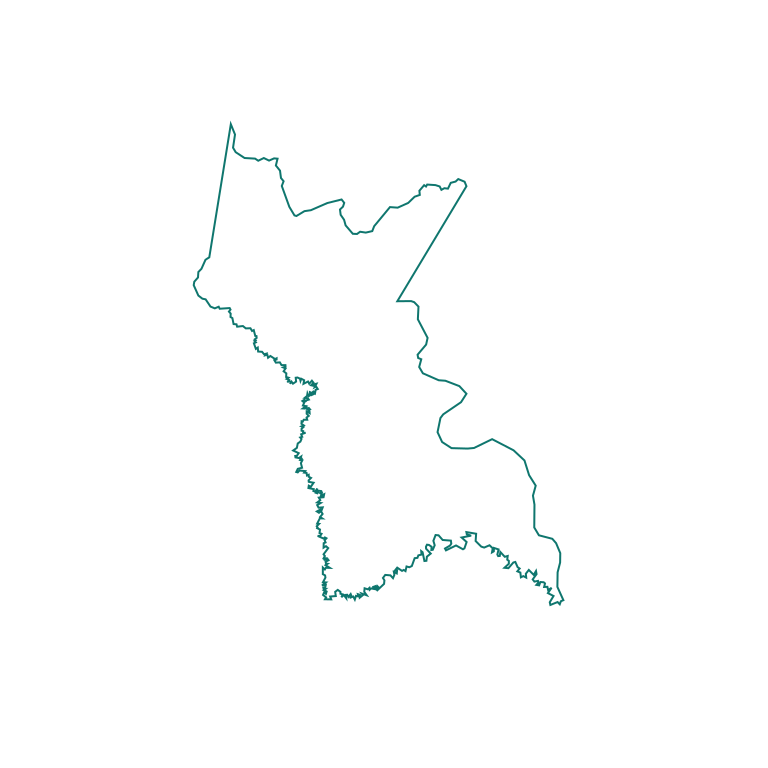 the district of Santander (Araracuara), Amazonas, Colombia, rotated 31°
{"feature_id": "7082276B22108715685729", "entity_name": "Santander (Araracuara)", "entity_type": "district", "adm_level": 2, "iso_a3": "COL", "parent_name": "Colombia", "parent_adm1": "Amazonas", "projection": "robinson", "projection_center": [-71.884, -1.077], "detail": "fine", "context": "isolated", "style": "outline", "palette": "teal", "viewbox_px": 768, "rotation_deg": 31, "n_neighbors": 0, "source": "geoboundaries", "source_scale": "gbopen_adm2", "svg_char_len": 6165}
<svg xmlns="http://www.w3.org/2000/svg" viewBox="0 0 768 768"><g transform="rotate(31 384 384)"><path d="M649.1,476.9L637.1,468.6L629.8,456.0L626.9,446.3L622.2,438.2L613.5,431.8L608.0,430.0L594.7,433.9L586.7,429.6L575.1,409.9L569.2,403.0L566.4,393.0L555.3,387.4L543.8,377.2L529.2,374.1L505.1,375.6L494.1,392.5L488.9,396.3L474.9,404.2L463.7,403.8L454.7,397.7L449.9,384.1L450.4,379.5L459.4,359.9L459.7,349.9L449.7,347.0L434.9,349.6L429.0,352.6L411.8,354.8L405.4,351.3L403.2,343.6L399.9,344.1L397.7,341.6L399.8,328.5L397.6,322.0L379.7,311.1L373.7,299.9L367.7,298.3L364.5,299.0L352.8,306.2L352.8,172.0L348.9,169.1L342.1,170.1L341.1,173.6L337.6,177.2L338.2,183.6L334.9,185.1L333.2,188.0L330.0,186.0L325.7,187.0L318.3,190.8L318.3,193.1L316.0,192.9L314.8,200.1L317.3,203.5L313.8,207.7L311.5,216.3L304.9,225.8L298.0,229.3L294.3,253.8L295.2,259.0L290.4,263.6L285.1,265.8L283.6,269.3L279.9,271.3L269.4,267.8L265.2,263.8L259.7,261.3L256.4,257.1L257.5,253.1L256.6,249.2L252.6,247.7L242.2,258.1L231.8,272.7L226.8,276.8L222.4,285.1L220.4,285.6L211.6,280.9L194.4,266.9L193.5,261.9L189.6,260.5L185.0,254.7L178.8,252.4L176.7,245.7L173.6,247.2L170.4,251.7L164.6,252.2L161.2,257.4L157.4,257.2L148.1,262.1L137.5,261.7L132.9,259.2L127.8,246.9L118.9,240.2L169.0,365.4L167.0,369.4L168.2,379.3L167.2,383.6L169.7,388.5L168.7,394.0L170.0,397.3L179.3,403.8L184.4,404.4L187.5,403.3L195.4,407.0L200.0,406.3L202.5,402.9L204.4,404.1L212.6,398.4L214.1,399.3L213.8,401.8L216.3,402.6L217.9,405.6L220.1,405.6L224.2,410.1L226.8,408.8L228.6,410.5L233.2,407.0L236.9,407.5L240.8,405.0L243.6,406.5L244.6,404.9L248.9,409.1L250.0,408.6L251.1,410.1L250.2,412.3L251.5,412.7L250.8,413.8L252.7,414.3L251.5,416.1L256.1,419.9L257.0,417.8L259.4,421.0L262.9,419.2L265.9,420.3L267.4,418.7L267.5,420.4L268.8,418.9L271.1,421.2L272.2,418.5L277.8,418.7L278.7,417.3L279.3,418.3L277.8,420.1L280.3,421.4L283.6,419.1L286.4,420.6L289.8,418.6L290.7,419.9L289.2,421.7L291.6,421.4L291.4,424.8L294.8,425.2L296.5,428.4L298.9,427.8L298.0,429.8L300.5,429.4L300.4,432.5L300.6,430.3L302.8,430.1L303.4,432.2L303.5,429.6L305.8,430.6L307.4,427.2L305.1,424.1L306.5,423.0L309.2,422.7L310.8,424.3L310.4,422.1L313.6,421.9L314.9,425.3L317.6,421.0L319.8,422.3L320.5,418.3L322.9,419.2L322.2,422.6L324.4,421.9L324.0,420.5L326.0,418.5L326.3,422.4L327.1,421.1L329.8,422.4L328.4,424.2L329.6,427.4L326.6,426.5L329.1,428.6L327.8,430.5L326.4,428.8L324.7,429.1L326.4,431.9L325.7,433.2L323.2,431.4L324.2,433.9L323.2,436.7L326.0,435.4L327.6,436.1L325.4,438.5L326.2,439.7L323.9,438.5L322.8,440.6L325.2,441.0L325.6,444.2L328.6,443.2L327.1,446.7L328.8,445.8L329.3,443.5L330.8,444.9L331.9,443.3L333.4,443.8L331.8,445.2L334.0,445.5L335.3,447.3L331.9,447.4L333.0,449.3L335.9,450.1L334.9,452.6L336.6,454.2L333.6,456.0L333.7,458.2L332.6,458.4L333.7,460.6L336.5,460.8L335.1,462.8L337.1,462.5L336.4,464.8L337.4,466.5L339.0,466.0L339.7,467.5L341.9,466.2L338.9,469.8L341.1,471.4L339.7,473.0L341.6,473.6L342.0,476.4L340.7,479.4L342.2,483.6L340.4,487.8L346.5,487.2L346.3,490.4L345.0,491.4L345.9,492.5L349.2,491.3L350.3,488.9L351.0,491.4L352.3,489.7L351.6,492.2L353.3,491.5L353.5,494.6L356.9,498.0L353.8,501.1L354.1,504.6L355.6,504.2L356.1,501.7L361.4,499.2L361.2,501.1L363.4,500.1L365.1,502.1L366.2,500.6L367.3,502.3L369.8,502.1L369.0,505.4L369.9,506.6L374.5,504.9L374.2,509.8L371.9,509.9L372.8,512.1L378.0,510.3L378.6,512.1L380.4,511.7L380.7,507.9L381.4,512.4L383.2,512.0L382.8,509.2L385.4,508.1L386.8,509.1L385.3,510.4L387.3,510.7L387.6,512.9L389.5,509.4L390.5,512.2L386.7,515.0L389.2,516.4L387.8,519.9L391.0,518.6L389.1,522.2L391.6,523.7L395.0,521.3L395.6,524.8L394.1,524.4L392.1,527.8L394.6,527.9L395.5,525.5L398.3,527.0L397.7,530.9L400.3,531.0L398.2,532.2L398.6,538.1L400.4,537.3L399.6,540.6L402.1,541.8L399.9,542.1L404.1,541.7L405.5,545.0L407.6,544.6L407.6,546.9L405.4,548.4L411.8,547.6L412.3,546.0L414.1,545.9L413.6,548.5L415.5,549.9L414.3,551.5L416.5,555.4L417.8,552.9L420.7,553.4L419.9,561.1L421.9,561.9L422.0,564.4L423.8,563.4L423.0,565.9L425.9,563.1L427.2,563.6L425.5,566.5L426.8,567.8L428.2,567.2L427.2,569.4L432.3,569.5L428.8,571.5L428.8,573.4L426.1,572.8L429.5,578.5L432.1,578.4L433.5,580.1L433.8,585.3L436.4,584.0L434.6,588.6L437.5,586.1L438.3,588.3L436.9,589.8L437.9,590.8L439.3,589.9L438.6,591.6L440.3,591.2L440.5,592.7L441.8,591.8L442.3,593.8L440.0,593.4L440.4,596.2L444.3,596.7L444.3,598.9L449.7,595.8L447.3,593.9L451.9,590.6L449.2,587.3L450.4,584.3L453.7,584.6L454.7,586.2L457.0,585.6L457.3,588.7L458.2,585.6L461.8,587.0L459.8,584.5L461.0,583.6L463.1,584.9L463.6,581.2L465.7,582.8L464.7,585.1L467.1,582.0L470.0,583.8L469.1,580.0L471.5,579.3L469.8,577.6L471.9,577.1L473.3,579.5L474.6,575.9L472.8,575.1L478.0,574.0L474.1,572.3L472.6,569.1L475.9,568.3L476.5,566.3L477.7,567.7L478.3,565.8L480.3,565.1L479.2,563.6L480.5,562.0L482.2,565.2L482.1,560.6L484.1,561.1L483.2,563.9L484.5,564.3L487.0,555.3L485.5,552.1L483.0,550.8L483.4,547.0L488.1,544.7L491.7,545.8L491.2,542.3L489.3,540.0L492.5,539.8L491.2,537.0L489.4,538.5L489.9,534.6L495.7,534.9L496.7,533.2L498.8,533.3L497.3,528.8L500.1,528.0L501.6,525.7L500.0,517.5L502.2,515.8L501.7,513.2L504.0,510.9L502.0,508.1L503.7,508.3L509.8,514.9L511.4,513.7L509.7,509.9L511.4,505.3L504.9,503.5L503.8,501.9L503.6,499.6L505.4,498.8L508.6,499.0L510.1,501.9L511.2,501.0L510.5,496.1L507.1,493.0L506.0,486.9L508.7,485.6L514.6,487.5L522.0,483.8L523.9,486.2L523.8,488.5L521.0,493.6L522.8,494.7L528.9,485.3L536.8,485.0L537.6,483.5L536.2,476.9L529.6,475.6L536.8,469.1L532.4,470.2L530.9,468.5L540.1,464.9L543.4,471.4L551.1,473.3L554.1,472.6L557.5,467.9L561.8,468.8L563.3,472.7L564.3,470.9L562.7,467.9L567.4,466.8L569.0,471.8L570.5,472.7L571.8,471.8L570.3,468.1L576.5,469.9L578.6,467.7L580.1,471.1L582.1,471.3L583.6,473.8L581.9,479.5L585.5,477.8L586.8,470.4L588.2,468.9L592.9,472.2L595.3,472.3L594.8,475.9L598.0,475.4L600.9,479.2L602.4,476.9L605.6,476.7L603.3,473.6L603.9,468.8L610.6,470.5L610.6,466.0L612.7,468.4L612.1,474.9L614.7,475.9L617.4,473.5L618.6,475.0L618.1,477.7L620.7,476.7L620.0,473.2L623.0,471.7L624.7,472.0L625.8,475.5L628.5,473.7L630.8,476.1L632.6,472.4L632.2,478.8L638.5,478.4L638.5,485.7L640.4,487.7L645.1,481.5L648.1,482.3L647.5,479.1L649.1,476.9Z" fill="none" stroke="#0f766e" stroke-width="2"/></g></svg>